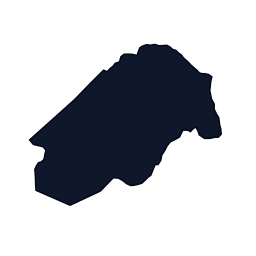 the district of Mulungu, Paraíba, Brazil, rotated 16°
{"feature_id": "56859067B90154898743360", "entity_name": "Mulungu", "entity_type": "district", "adm_level": 2, "iso_a3": "BRA", "parent_name": "Brazil", "parent_adm1": "Paraíba", "projection": "equal_earth", "projection_center": [-35.401, -7.001], "detail": "fine", "context": "isolated", "style": "filled", "palette": "ink", "viewbox_px": 256, "rotation_deg": 16, "n_neighbors": 0, "source": "geoboundaries", "source_scale": "gbopen_adm2", "svg_char_len": 1310}
<svg xmlns="http://www.w3.org/2000/svg" viewBox="0 0 256 256"><g transform="rotate(16 128 128)"><path d="M56.8,213.3L93.6,218.2L118.8,196.2L127.6,179.8L132.5,178.8L137.3,179.9L142.2,181.9L146.6,182.5L149.3,181.5L152.8,179.6L156.5,177.3L158.9,173.3L160.9,169.6L162.9,167.2L164.2,155.5L166.9,154.9L168.4,150.0L167.9,144.7L169.5,139.7L170.5,134.4L172.4,129.7L176.2,126.3L180.0,122.4L181.3,114.9L186.0,113.6L189.1,114.2L190.6,111.0L192.8,108.3L195.9,111.3L198.5,115.0L204.4,116.9L209.5,115.4L214.4,112.8L217.4,111.9L219.3,108.2L217.4,103.3L215.4,100.1L213.7,96.1L212.2,92.9L209.6,90.6L205.6,86.2L204.3,81.3L200.2,77.1L198.3,73.3L196.3,69.6L195.5,64.8L194.7,60.7L194.5,55.7L190.7,54.4L186.8,54.6L184.2,55.4L181.4,55.4L178.3,53.5L173.9,51.5L171.3,50.3L168.4,48.5L164.7,46.6L161.9,45.3L159.2,43.1L156.1,42.1L152.6,40.2L149.2,40.2L146.4,38.7L142.5,37.8L139.2,39.0L135.3,40.4L130.6,40.3L127.2,42.1L122.8,42.9L119.2,45.4L117.2,47.8L116.9,51.7L116.7,55.8L112.2,56.0L107.9,56.9L103.9,58.2L101.6,61.4L101.6,66.7L97.9,69.4L96.7,72.7L94.5,75.6L92.5,79.6L88.6,79.2L79.6,95.3L68.8,115.5L36.7,166.6L41.5,169.8L45.8,169.7L48.6,169.5L51.8,169.5L55.2,172.0L55.5,176.9L55.9,181.4L54.0,184.5L51.6,186.0L50.4,189.5L49.9,193.6L51.4,197.5L53.3,203.0L54.8,207.9L56.8,213.3Z" fill="#0f172a" stroke="#020617" stroke-width="1.5"/></g></svg>